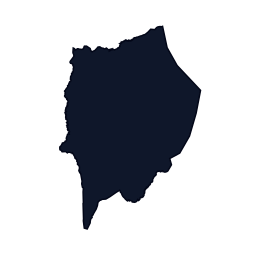 outline of Tarlac, Tarlac, Philippines, rotated 187°
{"feature_id": "2640588B80128813909947", "entity_name": "Tarlac", "entity_type": "district", "adm_level": 2, "iso_a3": "PHL", "parent_name": "Philippines", "parent_adm1": "Tarlac", "projection": "equal_earth", "projection_center": [120.673, 15.515], "detail": "fine", "context": "isolated", "style": "filled", "palette": "ink", "viewbox_px": 256, "rotation_deg": 187, "n_neighbors": 0, "source": "geoboundaries", "source_scale": "gbopen_adm2", "svg_char_len": 5787}
<svg xmlns="http://www.w3.org/2000/svg" viewBox="0 0 256 256"><g transform="rotate(187 128 128)"><path d="M163.4,47.7L161.1,32.5L161.0,30.4L159.2,23.3L156.2,22.8L154.0,29.2L154.1,30.3L154.0,32.6L153.3,34.2L152.7,34.7L153.1,36.2L153.1,36.6L152.5,36.9L152.6,37.4L152.1,37.7L151.8,38.8L149.7,43.7L148.9,47.3L148.8,50.1L149.0,50.3L147.8,51.9L147.4,52.6L146.2,53.1L145.1,54.0L141.3,54.8L137.5,57.7L131.7,62.9L128.7,65.2L128.0,64.3L127.8,63.5L126.4,62.4L126.3,61.9L125.3,60.2L124.3,59.1L122.0,57.4L122.0,57.1L121.2,56.7L120.9,56.3L119.7,55.6L119.3,56.2L118.9,56.3L118.1,55.9L118.1,56.0L118.5,56.5L118.4,56.8L117.2,56.3L115.7,56.1L115.0,55.8L114.8,55.1L112.2,55.1L110.7,56.0L110.2,56.7L109.7,58.2L108.7,57.3L108.2,57.7L108.1,58.3L107.5,58.9L107.5,59.9L107.2,60.4L107.1,60.7L105.9,60.6L105.5,61.2L105.0,61.2L104.5,61.8L104.8,62.4L104.0,62.9L104.0,63.9L104.2,64.8L104.2,65.0L103.7,65.2L103.8,65.9L103.6,66.2L103.9,66.7L103.6,67.5L104.0,67.6L103.9,68.0L104.1,68.3L103.8,69.0L103.4,69.1L103.3,69.6L103.0,69.5L102.7,69.9L102.6,70.5L102.2,70.6L102.2,70.9L102.4,71.2L102.4,71.4L101.9,71.2L101.4,71.3L101.3,71.6L101.1,71.8L100.7,71.5L101.0,71.8L100.6,72.4L100.7,73.1L100.2,73.4L100.1,73.9L99.5,74.1L99.4,74.5L99.0,75.0L98.9,76.4L98.3,77.0L97.6,77.2L97.2,77.7L97.1,78.5L97.3,79.7L97.1,80.5L96.5,81.9L96.2,82.9L95.3,83.8L94.5,84.8L94.4,85.2L94.7,86.7L94.2,87.8L93.6,88.3L93.5,88.6L92.8,88.6L91.6,89.1L91.2,89.1L90.6,88.5L90.0,88.6L89.6,89.0L89.3,89.5L88.4,89.8L88.1,89.1L87.8,89.3L87.3,88.9L85.9,88.7L84.9,89.2L84.7,89.4L84.3,89.3L83.2,90.3L80.4,96.8L82.9,102.8L73.6,109.4L66.0,127.5L62.2,151.0L60.6,174.2L86.9,196.0L99.0,212.5L106.1,233.1L107.6,232.3L107.8,232.6L108.6,232.6L110.6,232.0L111.8,231.2L113.4,228.9L117.5,228.8L119.8,225.6L122.4,222.9L124.1,222.2L126.0,221.0L126.7,220.9L129.9,219.2L130.2,219.3L130.7,219.0L131.1,218.5L131.8,218.6L132.2,218.3L132.6,218.4L133.1,218.0L133.3,217.3L133.6,217.4L133.8,216.7L134.4,216.4L134.3,216.0L134.5,215.6L134.9,215.4L135.1,215.6L135.2,215.1L135.4,215.0L135.9,214.9L136.1,215.1L136.2,214.8L136.3,214.7L137.1,214.9L137.4,214.7L137.6,215.3L137.9,215.4L138.5,214.4L138.8,214.3L139.4,214.7L139.9,214.4L140.4,214.7L140.8,215.2L141.5,214.8L142.0,214.1L141.9,213.8L142.3,213.4L142.5,213.3L143.1,213.6L143.5,213.0L144.1,212.8L144.4,212.2L145.0,212.5L145.0,212.2L145.3,212.1L145.5,211.5L146.0,211.1L145.3,211.1L146.2,209.2L146.0,208.2L146.3,208.0L146.3,207.3L146.6,206.7L147.0,206.3L147.5,206.5L148.1,205.9L148.3,205.3L148.7,205.2L151.1,203.8L152.2,204.4L155.1,202.7L154.1,204.4L156.9,203.2L159.2,204.7L160.9,203.5L162.1,204.1L164.1,204.2L165.8,205.1L167.3,204.8L168.0,204.4L168.5,203.2L169.4,202.2L170.3,200.9L172.1,199.9L172.7,199.3L173.7,199.6L174.7,200.9L175.3,202.3L179.1,204.2L180.5,204.0L180.6,203.9L181.0,204.0L181.4,203.7L181.7,201.8L182.1,201.5L182.3,200.7L182.6,200.6L184.0,200.3L185.5,200.4L186.2,200.2L187.1,200.6L187.8,200.5L190.1,198.7L190.7,200.2L192.1,200.7L191.9,196.5L191.5,195.3L190.9,194.5L190.4,192.6L193.5,187.0L193.5,186.0L192.9,185.3L192.0,185.3L191.7,185.0L191.0,185.0L190.3,184.1L190.4,183.6L189.6,182.7L189.7,182.2L189.3,181.5L189.6,180.1L189.4,179.2L189.4,178.6L189.2,177.9L189.4,177.0L189.8,176.9L189.7,176.6L189.9,176.6L190.0,176.0L190.2,175.8L190.1,175.4L190.3,175.3L190.2,175.1L190.6,175.0L190.4,173.6L190.7,173.2L191.2,172.0L191.1,169.3L190.5,169.0L190.3,168.3L190.6,167.7L191.6,166.6L191.6,166.0L191.9,165.6L192.2,164.3L192.2,163.3L192.6,163.1L193.1,162.6L192.7,161.5L193.0,161.2L193.3,160.5L193.8,160.0L194.6,158.3L194.9,157.4L195.4,157.1L195.4,156.8L194.8,156.6L194.9,156.1L194.6,155.7L194.7,154.1L194.2,153.8L194.4,153.2L194.4,152.5L194.8,152.4L194.8,151.9L193.9,151.1L193.8,150.7L193.3,150.6L192.6,150.1L192.3,149.1L191.8,149.3L191.6,148.6L190.7,147.1L190.7,146.1L191.3,145.3L190.9,144.1L191.1,143.7L190.7,143.4L190.7,142.8L190.7,142.7L191.1,143.0L191.3,142.7L191.1,142.2L192.0,140.7L191.6,140.3L192.1,139.7L192.1,138.4L192.3,138.2L192.3,137.9L192.0,137.7L192.0,137.3L192.1,137.0L191.9,136.9L192.0,136.7L192.0,136.4L191.5,136.5L191.8,135.9L192.1,135.7L191.9,135.6L192.1,134.9L191.6,134.0L191.3,134.2L190.8,133.5L191.3,133.1L190.9,132.4L191.2,132.0L191.2,131.1L191.1,130.8L190.7,130.5L190.8,130.0L190.8,129.4L190.7,129.2L190.3,129.3L190.1,129.1L189.9,129.3L189.6,129.0L189.6,128.6L188.7,127.3L189.3,126.5L189.2,126.5L189.5,126.2L189.3,125.8L189.1,126.2L188.9,126.1L189.0,125.5L188.6,125.5L188.7,125.2L188.5,124.6L188.4,124.7L188.3,125.0L188.0,124.4L188.0,124.2L188.2,124.4L188.5,124.0L188.5,123.8L188.3,123.6L188.7,123.5L188.6,123.1L188.9,123.0L188.5,122.6L188.7,122.3L188.7,122.1L188.4,122.2L188.5,121.9L188.5,121.4L188.6,121.1L188.6,121.3L188.3,121.0L188.2,121.2L188.0,120.9L187.8,120.9L187.6,120.4L187.8,119.6L187.6,119.6L187.7,119.2L187.5,118.6L187.3,118.8L187.0,118.4L186.7,118.6L186.6,118.2L185.6,117.1L186.5,116.3L186.2,115.2L185.9,115.0L185.7,114.7L187.0,114.6L187.3,114.3L187.3,113.6L187.5,113.0L187.4,112.3L187.8,111.8L188.0,110.2L187.6,109.3L187.4,109.2L187.6,108.5L187.8,108.2L188.1,107.3L188.8,107.1L188.8,106.6L189.3,106.1L190.5,105.2L190.8,105.1L191.1,105.2L191.3,105.0L191.2,104.8L191.4,104.6L191.5,104.2L191.8,103.4L192.3,102.2L192.8,101.4L193.0,101.4L193.3,101.0L193.3,100.0L193.0,98.5L192.9,98.2L192.6,98.3L191.8,97.6L190.9,97.3L190.6,97.0L190.7,96.5L190.4,96.4L186.9,97.0L185.2,95.9L184.3,96.7L183.0,96.8L181.7,96.5L180.6,96.5L180.5,96.3L180.2,96.7L176.8,92.3L177.1,91.9L176.9,91.6L175.9,91.0L174.9,90.0L174.7,89.5L174.8,88.8L174.0,87.9L173.8,87.8L173.6,87.1L173.8,86.2L173.7,85.8L172.2,84.7L172.0,84.4L171.8,83.9L171.6,83.7L171.4,83.2L171.4,82.3L171.2,81.3L171.6,80.2L171.5,79.6L171.1,78.8L170.7,78.9L170.4,77.7L169.4,77.0L167.1,69.7L167.1,66.9L166.0,63.6L165.7,63.3L165.1,63.4L164.6,61.8L164.7,61.4L164.9,61.4L164.8,59.2L163.2,48.4L163.4,47.7Z" fill="#0f172a" stroke="#020617" stroke-width="1.5"/></g></svg>